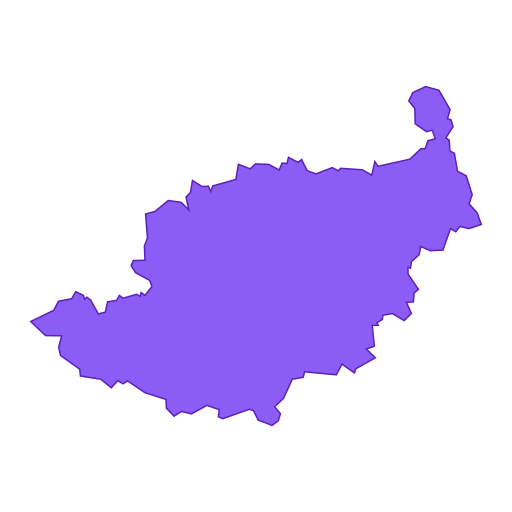 the district of Tumbiscatío, Michoacán, Mexico
{"feature_id": "50627088B697962436466", "entity_name": "Tumbiscatío", "entity_type": "district", "adm_level": 2, "iso_a3": "MEX", "parent_name": "Mexico", "parent_adm1": "Michoacán", "projection": "orthographic", "projection_center": [-102.522, 18.584], "detail": "medium", "context": "isolated", "style": "filled", "palette": "violet", "viewbox_px": 512, "rotation_deg": 0, "n_neighbors": 0, "source": "geoboundaries", "source_scale": "gbopen_adm2", "svg_char_len": 1913}
<svg xmlns="http://www.w3.org/2000/svg" viewBox="0 0 512 512"><path d="M472.2,194.7L466.2,175.8L457.5,171.2L454.4,153.3L449.9,150.9L449.2,140.1L445.8,137.9L453.1,126.7L451.0,119.8L447.5,118.7L450.1,109.6L439.0,90.3L425.7,86.6L412.8,92.5L408.8,101.0L414.8,108.5L415.2,123.8L426.5,131.7L432.2,130.2L435.3,138.8L427.9,140.7L425.1,148.7L421.0,148.6L409.8,159.2L378.0,166.3L374.9,161.6L371.7,175.1L362.4,169.8L340.6,168.3L338.3,170.8L332.3,167.6L315.8,173.9L307.2,170.7L301.6,159.5L298.0,162.3L288.5,157.3L287.0,163.5L282.1,163.0L279.2,170.0L268.8,164.4L255.4,163.9L250.1,168.8L238.4,164.3L235.9,179.4L212.8,185.9L210.7,191.6L208.4,186.2L202.0,186.5L192.5,180.5L190.4,192.5L186.0,197.0L188.8,209.9L181.1,202.3L168.2,200.5L154.9,211.5L145.6,214.0L147.4,238.1L144.4,246.0L145.0,260.3L133.4,260.5L131.1,265.7L135.7,272.8L149.7,280.4L151.9,286.6L144.9,295.4L141.2,292.5L140.1,296.2L136.5,294.3L123.1,298.2L119.3,295.4L116.6,300.4L107.6,301.8L105.3,312.2L98.3,313.9L90.7,300.1L86.9,297.2L84.4,299.1L83.5,295.4L75.8,291.7L71.7,298.7L58.6,301.2L53.7,310.3L30.7,321.5L45.6,335.6L61.6,335.8L58.7,347.3L60.5,355.5L79.7,369.2L80.4,376.0L100.7,379.2L111.3,387.8L117.7,380.7L123.1,383.8L127.6,380.9L145.1,392.8L166.0,399.4L166.4,408.3L174.1,416.2L181.5,411.4L191.4,413.9L206.9,405.4L219.3,409.7L218.3,416.6L222.6,418.7L249.4,409.3L253.5,410.6L258.2,420.1L272.0,425.4L278.3,420.8L280.4,413.7L274.6,406.7L283.5,398.4L292.3,379.2L303.2,377.3L304.6,371.8L336.3,374.8L342.0,364.2L354.5,372.9L355.9,368.7L375.3,357.8L366.3,349.0L374.4,346.2L372.2,325.5L378.2,325.2L377.0,322.6L382.3,319.5L382.9,315.2L392.5,313.6L404.1,320.6L411.4,313.5L406.4,302.3L413.4,301.9L414.1,293.0L418.5,289.4L408.1,274.2L407.9,267.3L410.5,268.2L411.4,261.7L419.2,254.6L420.7,246.5L430.2,250.7L442.9,250.1L450.5,228.7L455.8,231.7L459.9,226.5L469.1,228.6L481.3,224.5L477.1,212.7L469.1,203.9L472.2,194.7Z" fill="#8b5cf6" stroke="#5b21b6" stroke-width="1.5"/></svg>